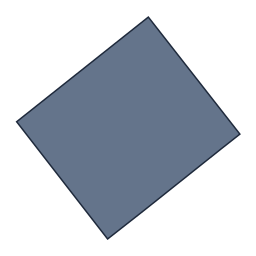 outline of Uvalde, Texas, United States of America, rotated 142°
{"feature_id": "52423323B37617394138403", "entity_name": "Uvalde", "entity_type": "district", "adm_level": 2, "iso_a3": "USA", "parent_name": "United States of America", "parent_adm1": "Texas", "projection": "mercator", "projection_center": [-99.826, 29.357], "detail": "fine", "context": "isolated", "style": "filled", "palette": "slate", "viewbox_px": 256, "rotation_deg": 142, "n_neighbors": 0, "source": "geoboundaries", "source_scale": "gbopen_adm2", "svg_char_len": 246}
<svg xmlns="http://www.w3.org/2000/svg" viewBox="0 0 256 256"><g transform="rotate(142 128 128)"><path d="M43.6,54.3L43.7,202.9L211.9,201.5L212.4,53.1L166.3,53.2L67.2,54.2L43.6,54.3Z" fill="#64748b" stroke="#1e293b" stroke-width="1.5"/></g></svg>